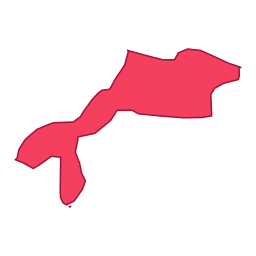 the district of Sayat, Chardzhou, Turkmenistan
{"feature_id": "10190150B8136820559785", "entity_name": "Sayat", "entity_type": "district", "adm_level": 2, "iso_a3": "TKM", "parent_name": "Turkmenistan", "parent_adm1": "Chardzhou", "projection": "robinson", "projection_center": [65.56, 38.029], "detail": "fine", "context": "isolated", "style": "filled", "palette": "rose", "viewbox_px": 256, "rotation_deg": 0, "n_neighbors": 0, "source": "geoboundaries", "source_scale": "gbopen_adm2", "svg_char_len": 1068}
<svg xmlns="http://www.w3.org/2000/svg" viewBox="0 0 256 256"><path d="M115.3,79.1L109.7,89.2L101.8,90.3L98.4,92.9L92.5,99.1L84.1,110.7L82.5,113.2L80.2,116.9L73.3,122.0L53.8,122.7L49.0,124.3L37.1,129.3L32.7,133.0L25.8,139.0L24.5,140.6L19.2,149.0L18.4,152.1L17.2,157.9L15.4,159.7L21.3,162.1L22.4,162.4L23.6,163.1L33.3,168.5L39.5,164.8L50.7,156.8L51.3,156.3L60.7,157.2L60.2,190.9L60.5,197.4L63.0,202.8L66.4,204.9L74.2,201.0L82.4,189.3L85.5,181.0L82.7,175.3L81.6,173.2L79.5,162.8L75.3,152.3L77.9,139.3L77.8,137.1L78.4,136.9L95.1,133.2L110.8,120.3L111.7,118.8L116.6,111.1L117.1,110.3L132.3,110.3L132.9,110.7L138.5,113.8L149.5,114.9L161.7,116.1L184.0,117.8L201.9,117.5L211.7,115.8L210.8,94.4L212.5,91.7L214.7,88.3L221.5,84.5L224.0,83.2L238.4,79.5L239.3,75.6L239.0,66.7L227.9,63.0L212.2,55.6L200.4,50.4L187.7,49.0L178.4,52.8L174.5,59.8L162.7,59.8L142.6,54.6L127.0,50.2L128.5,51.0L124.7,64.9L120.9,70.8L119.2,73.2L115.3,79.1ZM70.4,206.5L68.8,206.3L70.0,207.0L70.4,206.5ZM239.0,66.7L240.6,67.5L240.6,67.3L239.0,66.7Z" fill="#f43f5e" stroke="#9f1239" stroke-width="1.5"/></svg>